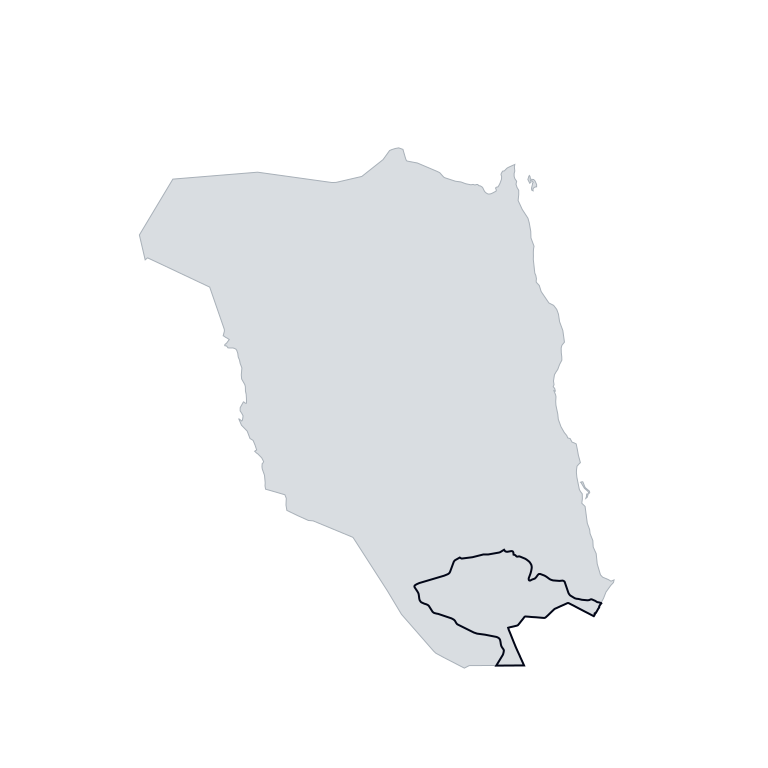 Saudi Arabia, with Al Jawf highlighted, rotated 197°
{"feature_id": "SAU-862", "entity_name": "Al Jawf", "entity_type": "Region", "adm_level": 1, "iso_a3": "SAU", "parent_name": "Saudi Arabia", "parent_adm1": "", "projection": "natural_earth1", "projection_center": [37.819, 29.945], "detail": "fine", "context": "in_parent", "style": "outline", "palette": "ink", "viewbox_px": 768, "rotation_deg": 197, "n_neighbors": 0, "source": "natural_earth", "source_scale": "10m", "svg_char_len": 6783}
<svg xmlns="http://www.w3.org/2000/svg" viewBox="0 0 768 768"><g transform="rotate(197 384 384)"><path d="M566.8,549.6L492.9,561.4L488.9,562.7L465.9,576.0L450.5,598.3L446.9,608.9L445.0,610.5L441.9,612.6L439.0,614.1L434.5,613.9L429.2,605.8L427.8,604.1L426.6,604.0L416.7,605.1L395.9,602.9L392.5,602.4L387.9,599.6L386.8,599.1L385.6,599.0L374.9,598.8L369.5,599.7L364.4,599.4L359.1,599.9L357.2,600.9L355.2,600.9L353.9,601.8L352.7,602.2L351.4,601.4L349.7,601.6L347.3,600.9L345.7,599.2L344.2,597.6L342.6,596.7L340.9,596.2L339.4,596.2L337.5,597.1L336.3,598.1L333.3,601.1L333.2,602.2L334.6,604.0L334.2,604.9L332.5,606.0L331.9,608.9L331.7,610.5L331.5,614.2L332.3,617.2L333.3,618.3L333.4,619.6L332.8,622.2L331.2,623.0L330.0,625.4L329.3,626.6L328.1,627.8L323.1,632.2L322.8,629.7L321.2,625.9L321.1,623.3L320.3,620.7L319.0,618.7L316.4,616.6L316.2,613.7L314.3,610.9L311.8,608.6L310.5,604.4L309.4,598.7L302.9,591.4L294.8,584.6L292.3,580.7L288.3,572.9L286.2,566.7L280.8,559.6L280.5,556.9L279.7,553.6L278.5,549.9L277.7,546.9L272.2,534.1L270.5,532.1L269.0,529.2L268.6,527.0L268.1,525.8L264.3,523.6L260.7,518.3L250.0,509.7L244.8,508.8L240.6,505.8L237.6,501.8L234.3,494.9L228.6,487.4L223.7,476.8L225.2,473.0L225.1,470.2L223.6,465.7L222.0,462.1L220.9,458.8L221.8,454.0L222.1,448.7L223.0,445.8L223.7,442.7L222.8,436.4L221.2,433.1L221.4,430.8L219.5,429.7L218.1,427.3L219.6,427.3L216.8,423.9L215.8,422.1L214.7,417.5L213.4,414.0L209.0,406.0L207.0,401.2L202.3,394.9L197.3,390.2L194.1,388.1L192.6,386.2L190.0,386.2L187.2,383.4L185.2,383.3L182.7,382.9L179.8,377.6L177.3,372.7L173.2,366.2L174.2,364.5L175.4,361.8L174.8,358.2L174.2,355.8L172.4,351.4L166.4,340.3L164.8,338.7L162.3,336.9L160.7,332.1L160.0,327.8L155.9,325.7L148.9,310.3L144.8,304.9L143.2,301.2L138.5,295.3L136.3,289.3L131.5,283.8L127.5,274.3L121.2,264.8L118.5,263.2L112.0,262.5L109.3,261.8L106.7,263.9L106.5,261.3L108.3,257.6L110.9,249.9L111.4,243.2L115.5,223.2L143.1,228.4L144.5,228.1L155.1,218.8L161.1,208.2L162.4,207.1L180.9,203.0L181.5,202.5L185.2,193.0L185.6,192.4L186.1,191.9L194.1,187.1L181.2,171.1L167.8,155.8L219.4,139.9L220.3,139.5L224.1,135.8L246.8,139.9L255.7,141.7L258.5,143.1L299.9,168.8L320.3,187.2L368.5,228.0L369.1,228.3L411.8,232.4L416.4,231.4L428.1,232.9L439.9,234.7L442.3,239.5L443.2,242.9L444.0,246.1L446.4,249.1L456.2,249.0L466.5,248.8L468.0,251.8L468.7,254.7L471.6,261.8L475.6,267.2L476.5,269.2L477.2,272.2L476.6,273.3L476.4,274.6L479.3,277.6L484.1,280.2L485.9,280.8L488.0,281.9L486.5,283.7L489.3,287.7L492.7,291.8L496.2,292.7L501.0,298.9L508.2,302.9L512.6,308.1L512.2,308.2L510.9,307.7L509.3,307.0L508.9,307.6L509.0,309.8L509.5,312.4L511.7,314.6L513.7,316.2L514.6,319.3L513.2,325.8L512.7,325.8L511.6,325.3L510.5,325.1L509.9,325.5L511.4,330.2L512.8,333.9L514.4,336.7L515.8,340.9L516.9,342.7L521.6,347.2L523.1,350.9L524.6,357.8L527.6,361.7L529.2,364.7L531.3,367.2L532.8,370.6L534.8,373.3L535.8,374.0L537.3,374.3L539.1,374.3L541.3,373.6L543.7,372.9L545.6,374.3L547.5,374.1L547.7,375.3L546.5,377.0L545.0,381.3L547.3,382.0L549.4,382.4L551.0,383.0L551.9,383.1L551.9,383.9L552.1,388.0L552.7,389.6L579.0,425.7L646.7,435.5L647.1,435.4L648.7,432.9L661.5,455.0L645.8,518.2L566.8,549.6ZM301.3,621.4L303.4,621.5L302.6,620.5L302.4,620.0L303.3,618.6L306.2,621.6L306.2,625.1L305.9,625.9L305.1,625.2L304.6,624.4L304.4,623.6L303.6,622.7L300.7,623.3L298.9,622.3L296.4,619.4L295.7,617.2L296.7,616.8L297.9,615.8L298.6,614.1L297.9,612.3L299.4,612.6L300.2,614.4L300.4,618.5L300.7,619.4L300.2,620.3L301.3,621.4ZM165.9,348.5L165.2,348.5L163.4,346.3L162.3,344.8L161.2,343.7L156.2,341.6L155.5,340.2L156.2,338.8L156.8,340.2L157.7,341.0L161.9,342.9L166.5,347.1L167.3,347.5L165.9,348.5ZM157.9,338.1L157.6,338.5L156.5,337.4L156.6,335.0L157.6,333.6L157.5,335.5L157.9,337.4L157.9,338.1Z" fill="#d9dde1" stroke="#a8b0b8" stroke-width="1"/><path d="M143.1,228.4L143.8,228.4L144.5,228.1L147.3,225.6L150.1,223.2L153.1,220.5L155.1,218.8L156.8,215.8L158.4,212.9L159.6,210.7L161.1,208.2L161.7,207.5L162.4,207.1L164.7,206.6L167.0,206.1L170.7,205.3L174.4,204.4L177.9,203.7L180.9,203.0L181.5,202.5L182.6,199.5L183.5,197.3L184.4,194.9L185.2,193.0L185.5,192.4L186.1,191.9L188.9,190.2L192.1,188.4L194.0,187.2L192.9,185.5L190.0,182.0L187.2,178.5L184.4,175.0L181.5,171.5L181.5,171.4L181.4,171.3L181.3,171.2L181.2,171.1L177.9,167.3L174.5,163.5L174.5,163.4L171.1,159.6L167.8,155.8L168.8,155.5L174.2,153.8L180.6,151.8L187.0,149.8L188.5,149.3L193.4,147.8L194.3,147.5L191.2,159.6L191.1,160.6L191.2,162.6L191.3,163.4L191.4,163.6L191.4,164.0L191.6,164.5L192.1,165.1L194.3,166.8L195.1,167.6L195.9,168.8L196.6,170.2L197.1,171.3L198.0,172.9L198.4,173.5L199.0,174.0L199.6,174.4L200.1,174.6L201.3,174.9L202.5,175.0L214.1,173.8L222.0,172.5L225.4,172.6L242.9,175.5L243.8,175.7L244.4,176.1L245.0,176.5L246.9,178.3L247.6,178.7L248.5,179.1L250.9,179.6L265.0,180.0L266.6,179.8L269.1,179.7L270.1,180.0L271.0,180.4L276.1,184.8L276.8,185.2L277.7,185.5L279.1,185.7L281.2,185.7L284.3,186.1L285.1,186.4L286.0,187.1L286.6,187.6L287.2,188.5L287.5,189.0L288.8,191.9L289.5,193.3L290.0,194.0L291.2,195.2L295.1,198.4L295.6,199.0L295.8,199.6L295.7,200.2L295.3,200.9L294.1,202.2L292.0,204.0L270.4,218.3L267.6,220.6L267.0,221.2L266.5,221.9L266.2,222.5L266.0,223.2L265.9,223.9L265.3,234.4L265.2,234.6L265.1,235.1L264.9,235.6L264.5,236.3L260.8,240.2L259.2,239.8L258.6,239.8L248.8,244.2L239.2,250.0L234.6,251.4L224.8,256.4L224.2,256.8L223.6,257.3L220.7,260.6L219.7,259.8L219.4,259.6L218.9,259.4L218.2,259.4L217.3,259.5L216.6,259.8L213.9,261.2L213.2,261.5L212.5,261.6L211.9,261.5L211.4,261.1L211.0,260.6L210.2,258.7L209.1,258.8L208.6,258.7L208.0,258.5L207.2,258.0L206.6,257.8L205.7,258.0L205.0,258.4L204.2,258.7L203.2,258.7L198.0,258.2L196.4,257.8L193.5,256.7L192.3,256.0L190.6,254.5L190.1,253.9L189.7,253.2L189.4,252.6L189.0,251.5L188.8,250.1L188.6,248.3L188.5,245.6L188.8,240.5L188.6,239.8L188.3,239.1L187.9,238.7L187.3,238.6L186.7,238.8L185.1,240.4L183.4,241.6L182.8,242.1L182.5,242.8L182.1,243.4L181.1,246.3L180.8,246.9L180.4,247.5L179.7,247.8L179.0,248.0L174.5,247.7L172.4,247.2L168.4,245.8L166.9,245.6L164.9,245.6L158.6,247.0L155.8,248.2L155.3,248.2L154.7,248.2L153.6,247.8L153.5,247.7L153.3,247.5L146.6,238.2L145.8,237.4L144.6,236.5L144.0,236.2L138.9,234.9L137.2,234.9L135.2,235.3L131.7,235.5L126.4,236.6L125.3,237.0L124.4,237.5L123.5,238.4L123.0,238.6L122.4,238.8L118.7,238.4L116.6,237.8L115.7,237.8L114.8,238.0L112.6,238.0L112.6,237.9L112.1,237.7L112.5,236.8L112.9,235.5L113.2,234.2L112.9,233.4L112.9,233.0L113.2,232.4L113.4,231.7L114.0,228.9L114.1,228.5L114.4,227.8L114.3,227.6L114.4,227.1L114.6,226.8L115.2,226.5L115.1,226.0L115.0,225.3L115.1,224.8L115.4,225.0L115.4,224.9L115.5,224.7L115.6,224.8L115.4,224.3L115.3,223.8L115.5,223.3L118.3,223.8L121.4,224.4L125.4,225.1L129.1,225.8L132.9,226.5L136.0,227.1L137.4,227.4L140.4,227.9L143.1,228.4Z" fill="none" stroke="#020617" stroke-width="2"/></g></svg>